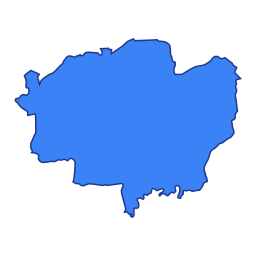 Cu Kuin, Đắk Lắk, Vietnam (orthographic projection)
{"feature_id": "81297802B8003578408571", "entity_name": "Cu Kuin", "entity_type": "district", "adm_level": 2, "iso_a3": "VNM", "parent_name": "Vietnam", "parent_adm1": "Đắk Lắk", "projection": "orthographic", "projection_center": [108.173, 12.577], "detail": "fine", "context": "isolated", "style": "filled", "palette": "blue", "viewbox_px": 256, "rotation_deg": 0, "n_neighbors": 0, "source": "geoboundaries", "source_scale": "gbopen_adm2", "svg_char_len": 4646}
<svg xmlns="http://www.w3.org/2000/svg" viewBox="0 0 256 256"><path d="M31.7,152.6L35.0,153.0L37.4,154.0L38.7,155.0L38.7,156.1L38.3,158.2L38.7,159.6L40.1,161.3L41.9,162.3L44.1,162.4L47.8,162.0L52.1,161.2L53.4,161.6L54.9,161.5L58.7,159.7L60.7,160.1L61.9,160.0L63.7,159.4L65.6,159.5L66.9,160.6L67.9,160.6L68.9,159.5L70.1,158.4L71.1,158.3L72.5,158.9L74.3,160.3L75.1,162.0L75.0,166.9L74.6,172.9L73.9,178.8L73.1,182.0L76.0,183.6L77.2,183.6L78.4,183.7L79.3,184.0L80.9,185.2L82.1,185.7L83.2,185.7L84.3,185.4L85.9,184.9L88.5,183.8L91.9,184.0L94.2,184.2L96.3,184.5L100.7,185.2L102.3,185.4L103.7,185.2L104.9,184.8L106.8,185.3L108.3,185.2L109.4,185.1L114.7,184.4L121.4,183.5L122.5,183.9L122.7,184.5L123.1,185.4L122.9,186.9L122.1,188.1L121.5,190.2L121.4,191.4L121.9,194.2L123.3,199.6L125.2,206.6L125.7,208.3L125.5,209.7L124.5,212.3L125.2,212.3L126.4,211.7L127.1,211.9L128.4,213.5L129.1,214.0L131.0,214.0L131.6,214.2L131.3,214.9L130.8,214.9L130.5,215.1L130.5,215.8L131.0,216.5L132.5,217.1L133.3,216.4L133.9,215.6L134.0,214.8L133.9,212.9L133.9,209.0L134.1,208.5L134.5,208.1L137.4,208.1L138.0,207.8L138.4,207.3L138.7,206.2L138.8,205.1L138.7,204.3L138.5,202.8L137.2,200.4L137.2,199.5L137.8,198.7L139.8,197.9L140.8,198.0L141.9,198.9L143.3,199.1L143.8,198.5L143.9,197.7L143.8,196.5L143.7,195.3L144.1,194.5L144.9,194.4L146.1,194.8L146.9,195.3L147.4,195.2L149.0,193.7L149.9,193.5L150.8,193.2L151.1,192.6L151.3,191.9L151.9,189.4L152.4,188.7L153.2,188.6L154.4,188.8L154.8,189.0L156.4,190.5L157.6,190.5L158.1,190.2L161.4,188.8L162.6,188.9L163.2,189.2L163.7,189.8L163.7,190.8L162.3,192.2L159.8,193.5L159.3,194.1L159.2,195.4L159.4,195.8L160.2,195.7L161.4,194.2L162.5,193.6L164.4,193.8L166.3,195.1L167.7,195.8L169.2,194.5L170.9,192.5L171.6,192.1L172.6,192.6L174.1,193.0L175.2,191.9L175.8,190.9L175.8,190.3L175.3,189.2L174.8,188.0L175.1,187.1L176.3,185.7L177.3,185.6L178.4,185.8L179.3,186.6L179.8,188.2L179.9,189.8L179.9,191.0L178.6,194.7L177.8,196.7L177.9,197.6L178.9,198.1L179.8,198.3L180.5,198.2L180.7,197.5L181.2,196.1L182.2,195.0L183.1,194.3L183.2,193.3L183.2,191.5L183.6,190.6L184.4,190.3L185.3,190.7L186.7,190.8L188.8,190.2L189.9,190.2L192.2,191.2L193.5,191.2L196.7,190.4L199.2,190.3L200.2,189.5L201.3,188.1L202.9,185.5L203.5,183.4L204.7,182.4L205.9,181.9L207.2,181.5L207.2,180.1L206.4,177.2L205.3,175.0L205.6,174.4L204.4,171.0L204.2,169.1L204.1,167.5L205.5,164.1L207.9,159.7L209.4,155.6L210.0,153.4L210.3,152.4L211.6,150.3L214.8,148.2L217.4,145.8L219.2,143.8L221.0,143.2L222.7,142.7L225.1,140.7L228.4,138.4L230.9,137.2L232.0,135.8L233.8,133.3L234.0,132.4L233.9,131.5L232.6,127.5L231.6,120.5L234.0,119.5L234.9,118.7L235.2,117.9L235.1,115.6L235.9,112.9L237.3,111.4L237.5,110.4L237.1,108.6L236.7,105.7L236.2,100.6L236.2,100.2L235.5,97.2L235.2,95.2L236.4,91.5L236.6,89.8L235.6,87.0L235.5,85.9L236.4,84.6L236.4,83.9L235.8,80.6L236.3,79.8L237.5,79.4L240.6,78.6L234.7,72.7L234.6,72.0L236.7,67.5L233.8,65.7L232.8,64.7L232.0,63.0L228.5,60.5L225.0,57.7L224.9,57.7L222.1,58.8L220.4,58.4L217.7,56.5L214.7,56.5L212.4,58.3L211.1,60.2L209.4,61.8L205.7,64.2L203.5,65.2L199.5,65.9L195.5,66.7L191.2,68.8L184.5,72.8L182.6,74.0L181.8,74.4L176.6,74.4L174.8,74.1L174.0,72.1L173.9,70.3L173.9,68.9L174.7,66.6L175.3,65.7L175.1,64.3L175.3,63.0L175.2,62.4L174.8,62.0L173.1,61.7L172.3,60.0L171.5,56.1L170.4,54.6L170.4,50.6L170.2,47.5L169.5,45.1L168.1,43.7L167.0,42.8L165.3,42.0L162.5,41.4L158.8,41.2L157.0,39.7L153.5,40.0L134.9,40.7L133.3,38.9L127.4,41.5L122.4,46.2L111.3,53.7L111.6,49.6L109.2,49.4L108.5,48.3L100.6,48.7L102.2,51.8L102.1,53.3L101.8,54.4L100.9,55.2L100.1,55.2L97.9,53.1L96.7,52.8L95.1,52.7L93.7,52.8L92.1,52.5L90.6,52.3L88.1,52.3L86.3,52.4L84.9,53.1L83.6,54.8L82.3,55.7L81.1,55.7L80.1,54.6L79.0,55.5L77.9,55.8L77.1,55.8L76.3,56.4L75.2,57.1L74.3,57.1L73.0,56.7L70.2,56.0L68.6,56.0L67.2,56.8L66.3,57.6L66.0,57.9L65.2,59.2L64.0,60.6L63.9,60.7L62.8,63.4L60.2,65.7L60.1,65.8L57.6,68.4L55.7,70.5L53.5,72.6L51.9,73.5L49.4,74.3L45.6,76.9L42.8,78.9L40.9,81.2L39.5,84.6L39.0,82.7L38.6,80.2L37.9,78.7L37.6,77.4L37.7,76.7L39.2,74.5L39.1,74.2L38.4,73.8L30.9,70.5L25.4,74.5L24.4,75.9L25.6,78.7L26.2,81.1L26.5,83.0L26.0,83.7L26.0,84.6L26.1,85.7L26.0,86.8L26.3,87.7L26.8,87.8L28.3,88.0L29.0,89.0L28.8,90.2L29.0,92.5L28.6,93.5L27.4,94.7L26.3,95.2L24.9,94.9L23.3,94.6L22.2,95.0L20.9,95.7L19.8,97.5L18.2,98.4L16.9,98.4L15.9,98.8L15.4,99.7L15.5,101.0L17.6,102.9L19.9,106.0L21.8,107.9L24.7,109.8L26.6,110.8L27.6,112.2L27.7,114.4L27.8,115.3L28.5,115.4L30.1,114.9L34.3,114.1L35.3,114.1L35.6,115.4L35.8,130.4L35.7,133.4L34.7,134.7L33.9,136.4L33.4,137.6L32.5,139.8L30.9,143.2L30.7,145.9L30.9,148.2L32.2,150.6L32.3,151.4L32.0,152.3L31.7,152.6Z" fill="#3b82f6" stroke="#1e3a8a" stroke-width="1.5"/></svg>